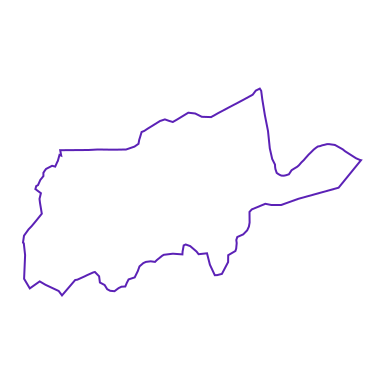 the district of Ijebu North, Ogun, Nigeria
{"feature_id": "59680162B7511527862302", "entity_name": "Ijebu North", "entity_type": "district", "adm_level": 2, "iso_a3": "NGA", "parent_name": "Nigeria", "parent_adm1": "Ogun", "projection": "natural_earth1", "projection_center": [4.04, 7.021], "detail": "fine", "context": "isolated", "style": "outline", "palette": "violet", "viewbox_px": 384, "rotation_deg": 0, "n_neighbors": 0, "source": "geoboundaries", "source_scale": "gbopen_adm2", "svg_char_len": 2107}
<svg xmlns="http://www.w3.org/2000/svg" viewBox="0 0 384 384"><path d="M213.0,116.0L211.1,117.1L208.3,117.0L201.8,116.8L195.2,113.5L188.3,112.7L177.3,119.4L172.8,122.0L169.1,120.9L164.9,119.4L161.0,120.7L160.2,120.9L148.9,127.9L148.7,128.0L144.1,131.0L141.6,132.0L140.0,137.4L139.2,139.9L138.5,143.8L134.5,146.6L131.3,147.7L126.1,149.5L114.4,149.7L112.8,149.7L97.8,149.5L88.5,150.0L60.2,150.2L61.2,155.6L59.5,154.9L57.8,161.0L57.2,162.1L55.2,166.6L52.1,165.8L46.1,168.9L44.8,170.6L43.4,172.8L43.4,176.1L40.4,179.8L38.0,185.1L36.2,186.1L35.4,189.1L40.9,193.2L39.5,198.9L40.0,202.9L41.8,213.7L36.1,220.8L31.6,226.2L28.6,229.3L24.0,235.7L23.0,242.6L23.8,243.3L25.1,255.1L24.1,278.8L29.8,288.4L39.7,281.4L45.5,284.8L58.7,291.0L62.0,295.4L75.2,280.0L77.3,279.7L84.8,276.3L87.0,275.2L93.3,272.4L94.9,272.0L99.1,276.3L99.9,282.5L104.6,285.0L107.2,289.2L110.2,290.8L114.5,291.2L118.6,288.1L121.5,286.7L125.3,286.5L126.8,282.9L128.6,279.4L134.7,277.4L137.8,271.1L139.5,266.4L143.3,263.1L145.9,261.9L150.7,261.3L155.0,261.9L156.9,260.0L162.1,255.8L163.8,254.8L172.9,253.7L182.4,254.4L182.6,251.5L183.7,245.4L185.7,244.5L190.2,246.1L196.5,251.5L198.6,254.2L207.0,253.3L209.9,264.7L214.8,275.2L217.2,275.1L221.9,273.9L228.1,262.1L228.2,255.2L235.4,251.0L236.2,248.5L236.7,243.1L236.3,240.0L237.3,237.0L243.2,234.4L247.2,230.3L248.9,226.6L249.6,222.6L249.5,211.9L251.8,209.4L265.3,203.8L271.3,205.0L281.1,205.0L298.4,198.8L338.6,187.7L361.0,160.2L359.8,159.9L356.1,158.3L345.0,151.2L342.7,149.3L335.0,145.0L334.7,145.0L334.6,144.9L331.6,144.5L328.9,144.1L327.2,144.1L324.5,144.8L322.2,145.3L320.1,146.1L317.8,146.5L315.7,148.0L313.7,149.6L310.6,152.7L308.6,154.6L307.2,156.2L305.5,158.1L303.8,160.1L301.4,162.4L299.0,165.2L297.3,166.7L294.0,168.7L291.6,170.2L288.9,174.3L285.8,175.3L283.8,175.7L281.4,175.6L280.0,175.0L278.4,174.1L276.7,172.9L275.4,169.0L275.4,168.9L275.1,167.0L275.0,164.6L272.2,159.0L269.8,148.4L268.0,131.0L264.9,115.3L262.3,99.4L262.0,97.1L261.2,90.9L259.8,88.6L255.8,90.6L252.7,94.7L242.8,100.1L229.1,107.3L218.0,113.2L213.3,115.9L213.0,116.0Z" fill="none" stroke="#5b21b6" stroke-width="2"/></svg>